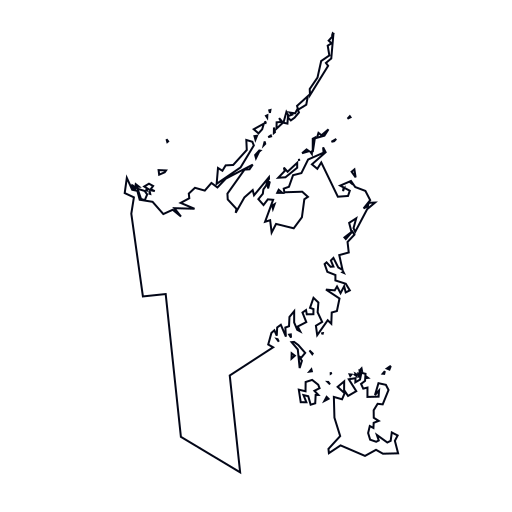 East Arnhem, Northern Territory, Australia (Natural Earth projection), rotated 354°
{"feature_id": "25037944B47305351718046", "entity_name": "East Arnhem", "entity_type": "district", "adm_level": 2, "iso_a3": "AUS", "parent_name": "Australia", "parent_adm1": "Northern Territory", "projection": "natural_earth1", "projection_center": [136.298, -12.677], "detail": "fine", "context": "isolated", "style": "outline", "palette": "ink", "viewbox_px": 512, "rotation_deg": 354, "n_neighbors": 0, "source": "geoboundaries", "source_scale": "gbopen_adm2", "svg_char_len": 6211}
<svg xmlns="http://www.w3.org/2000/svg" viewBox="0 0 512 512"><g transform="rotate(354 256 256)"><path d="M263.5,348.6L258.9,345.3L263.3,334.1L266.5,331.8L268.3,337.4L269.6,329.3L273.5,327.0L277.3,339.3L277.7,330.2L281.5,329.3L282.9,320.1L288.2,314.9L287.0,326.1L289.3,333.7L292.1,335.6L290.1,330.5L299.1,327.0L296.3,317.1L300.1,315.0L300.4,319.3L307.0,319.9L307.6,314.8L304.3,313.2L308.8,303.6L313.2,308.8L311.4,318.4L314.9,328.5L308.3,331.6L308.6,341.1L320.6,327.4L323.8,331.2L325.4,320.1L330.7,319.2L334.6,307.0L322.1,296.7L330.7,298.4L333.4,294.8L336.2,301.8L340.5,295.3L341.4,301.6L345.7,300.0L342.4,293.0L332.4,288.6L333.0,283.2L325.3,279.2L323.4,271.2L325.5,269.7L329.0,274.5L331.9,274.6L330.0,268.3L332.8,266.0L336.6,276.0L340.6,278.8L338.9,263.8L348.6,262.2L348.5,251.6L356.1,245.1L354.4,241.7L347.1,248.5L345.9,246.8L353.5,242.1L352.1,232.8L359.6,229.0L355.9,238.5L357.2,242.3L371.5,221.0L380.0,215.3L373.6,214.9L372.4,218.2L368.0,219.9L375.4,212.4L371.6,202.7L361.9,197.8L358.3,191.3L347.1,194.8L356.1,200.9L353.8,205.9L343.6,205.6L330.7,169.8L326.1,175.7L321.2,170.7L336.1,160.1L334.1,155.0L334.0,160.3L317.9,165.5L309.8,178.3L301.3,179.5L296.0,190.6L290.6,191.9L290.9,195.6L308.7,196.9L313.8,202.6L310.0,204.6L305.7,222.3L296.4,232.4L279.3,226.2L274.0,234.3L273.8,221.9L268.6,222.9L278.9,201.9L273.7,200.9L268.8,206.1L264.3,199.7L269.3,194.8L270.3,190.5L273.5,186.9L275.3,182.1L277.0,180.7L277.1,179.0L260.4,195.4L259.6,190.1L250.6,196.5L240.3,210.9L241.5,207.1L233.8,196.8L234.1,191.0L253.6,168.9L258.6,169.1L262.3,164.8L234.1,175.9L224.8,183.8L219.3,178.7L211.9,185.6L202.4,181.8L195.7,186.9L195.7,191.6L186.6,195.3L199.8,202.6L179.8,199.9L185.5,208.9L178.0,201.3L168.2,204.6L158.8,191.3L146.2,187.9L144.8,178.8L139.8,177.2L135.7,164.8L132.0,179.7L140.7,184.9L136.4,200.9L139.3,284.4L162.2,284.4L162.4,428.0L217.6,469.5L217.4,372.1L263.5,348.6ZM359.9,195.1L356.8,192.0L357.9,191.6L359.9,195.1ZM318.7,404.3L317.1,425.0L320.9,443.9L307.9,455.4L307.9,459.7L320.3,453.2L343.5,466.2L355.1,461.3L361.6,465.9L376.7,467.1L374.8,454.3L378.1,449.3L372.6,445.7L370.6,453.9L367.1,455.2L357.5,446.6L358.8,452.3L356.1,453.3L350.3,450.6L349.0,443.8L351.4,437.0L354.8,439.3L355.6,434.2L360.8,432.8L356.2,429.2L356.9,421.7L361.5,415.7L366.5,416.8L373.8,403.1L371.7,397.7L364.5,395.3L359.8,406.7L364.3,402.6L363.2,408.7L352.1,407.8L353.1,398.5L348.8,399.1L347.1,394.2L351.4,391.6L352.6,384.6L348.6,383.2L346.5,389.8L341.6,392.0L342.2,387.9L335.4,388.3L341.6,400.9L332.9,404.8L330.6,400.4L326.6,407.5L318.7,404.3ZM227.4,164.5L224.4,180.1L249.9,166.3L265.4,145.8L264.3,142.0L258.5,139.6L257.9,149.6L242.8,163.1L235.3,162.7L231.5,167.7L227.4,164.5ZM293.3,400.9L294.8,409.6L299.5,408.7L300.8,400.4L303.5,400.7L300.0,396.2L305.4,394.1L304.4,390.5L298.9,385.1L292.2,386.5L291.1,395.7L284.6,393.4L285.2,406.1L290.8,406.7L288.7,399.3L293.3,400.9ZM326.9,95.5L326.5,101.7L347.6,74.4L345.7,71.3L351.5,67.4L355.9,44.8L350.8,49.4L353.4,52.4L349.3,54.3L349.9,64.2L341.2,68.9L335.8,85.0L326.9,95.5ZM306.7,119.2L303.1,120.1L301.3,115.9L297.6,125.4L290.5,125.2L289.7,131.5L296.8,126.2L301.1,127.6L302.2,121.5L304.8,124.8L308.8,122.5L313.7,117.8L312.7,114.0L309.8,118.2L304.7,116.9L306.7,119.2ZM293.4,174.5L286.3,180.5L293.5,180.8L306.2,172.5L306.7,167.6L296.2,175.5L293.0,171.0L293.4,174.5ZM287.8,353.3L287.7,372.0L290.7,365.0L287.8,360.0L290.4,361.8L294.8,357.5L288.8,349.0L284.9,345.4L282.4,345.4L287.8,353.3ZM271.3,134.3L275.4,130.6L277.6,125.2L267.0,129.7L271.3,134.3ZM154.2,183.4L152.1,179.7L145.2,176.7L147.6,187.2L151.2,188.9L154.2,183.4ZM330.6,389.9L323.5,394.7L329.3,401.2L330.6,389.9ZM313.2,114.9L321.8,110.8L324.3,102.4L312.5,111.0L313.2,114.9ZM152.1,175.2L157.5,179.4L161.0,175.6L157.1,172.9L152.1,175.2ZM329.0,144.8L336.6,143.5L341.3,137.6L333.7,142.8L331.0,140.1L329.0,144.8ZM324.7,145.3L323.3,158.6L327.0,144.4L324.7,145.3ZM168.2,165.0L174.0,163.2L175.5,161.5L168.1,160.4L168.2,165.0ZM359.9,182.2L363.3,188.2L362.9,180.2L359.9,182.2ZM319.7,157.3L317.4,155.3L312.6,158.6L319.7,157.3ZM288.8,196.0L285.5,192.5L283.7,195.4L288.8,196.0ZM308.9,407.3L313.2,405.6L311.5,403.5L308.9,407.3ZM267.0,136.6L267.6,140.3L269.6,136.5L267.0,136.6ZM146.9,174.9L143.9,172.0L143.2,174.6L146.9,174.9ZM266.2,158.7L270.0,152.6L271.3,151.7L270.3,151.4L265.7,155.5L266.2,158.7ZM287.8,134.8L287.3,130.1L286.6,135.6L287.8,134.8ZM275.1,190.1L277.3,184.1L276.0,182.9L275.0,184.2L275.1,190.1ZM281.3,356.5L280.6,361.8L284.2,359.2L281.3,356.5ZM143.5,177.0L141.5,174.0L141.2,173.3L140.3,172.7L139.6,174.8L143.5,177.0ZM159.4,180.0L162.1,180.9L159.6,179.4L159.4,180.0ZM299.2,374.5L297.0,376.6L299.5,376.5L299.2,374.5ZM345.4,383.5L345.4,387.5L347.2,384.1L345.4,383.5ZM299.3,355.5L301.7,359.5L302.2,358.9L299.3,355.5ZM374.4,381.6L376.8,382.9L378.2,380.2L377.8,379.7L374.4,381.6ZM321.2,158.5L322.2,160.3L322.6,157.7L321.2,158.5ZM277.4,207.6L277.8,210.8L279.9,206.4L277.4,207.6ZM280.6,139.1L283.5,138.6L283.3,137.7L280.6,139.1ZM157.0,180.4L156.6,182.9L157.3,183.2L157.0,180.4ZM295.4,124.1L293.4,121.3L295.0,124.8L295.4,124.1ZM363.9,126.8L361.4,129.0L364.5,127.9L363.9,126.8ZM336.7,383.5L337.2,385.2L338.5,383.9L336.7,383.5ZM350.5,198.0L349.8,198.5L349.4,200.6L350.5,198.0ZM284.4,112.5L284.8,115.1L285.6,112.3L284.4,112.5ZM179.2,130.5L179.7,133.4L180.6,132.8L179.2,130.5ZM348.0,148.0L343.0,150.3L345.7,150.0L348.0,148.0ZM282.3,340.8L282.4,337.6L280.8,337.7L282.3,340.8ZM280.6,117.7L281.6,119.6L282.0,117.2L280.6,117.7ZM316.2,391.4L314.7,388.8L314.0,388.7L316.2,391.4ZM318.1,379.4L318.0,380.9L318.4,380.7L318.1,379.4ZM355.6,42.5L354.5,45.0L356.2,43.1L355.6,42.5ZM276.9,145.4L276.6,143.0L275.2,146.8L276.9,145.4ZM371.2,386.6L372.1,384.0L369.7,386.3L371.2,386.6ZM341.7,384.3L342.9,385.4L342.6,383.8L341.7,384.3ZM269.7,343.6L268.8,341.0L268.0,340.7L269.7,343.6ZM154.0,177.8L153.8,179.3L154.4,179.5L154.0,177.8ZM279.0,123.0L279.1,125.6L279.6,124.1L279.0,123.0ZM308.8,165.2L309.1,165.8L308.8,163.9L308.8,165.2ZM347.7,380.1L349.4,381.1L349.2,378.8L347.7,380.1ZM354.7,388.9L353.4,387.7L352.9,388.9L354.7,388.9ZM344.1,384.7L343.0,383.9L343.4,384.9L344.1,384.7ZM340.2,281.2L341.6,282.0L341.1,280.7L340.2,281.2ZM347.8,381.9L347.0,381.2L347.0,382.6L347.8,381.9ZM312.9,339.7L314.2,340.2L314.4,339.7L312.9,339.7Z" fill="none" stroke="#020617" stroke-width="2"/></g></svg>